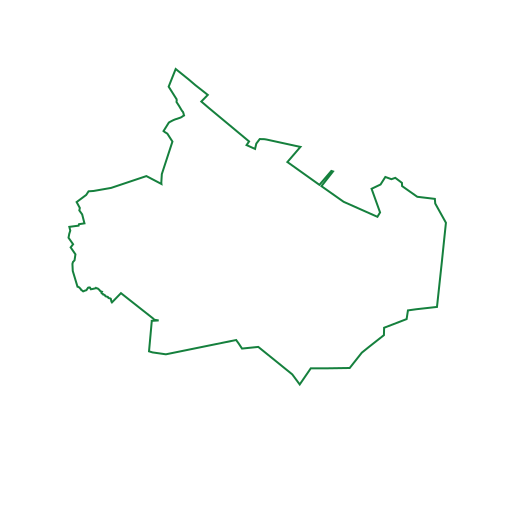 the district of San Javier, Sonora, Mexico, rotated 118°
{"feature_id": "50627088B99780541835919", "entity_name": "San Javier", "entity_type": "district", "adm_level": 2, "iso_a3": "MEX", "parent_name": "Mexico", "parent_adm1": "Sonora", "projection": "mercator", "projection_center": [-109.729, 28.612], "detail": "fine", "context": "isolated", "style": "outline", "palette": "green", "viewbox_px": 512, "rotation_deg": 118, "n_neighbors": 0, "source": "geoboundaries", "source_scale": "gbopen_adm2", "svg_char_len": 2836}
<svg xmlns="http://www.w3.org/2000/svg" viewBox="0 0 512 512"><g transform="rotate(118 256 256)"><path d="M136.4,374.2L133.6,389.8L131.7,398.4L128.6,414.7L144.1,413.0L147.5,412.6L154.6,400.2L154.7,399.9L154.9,399.7L155.2,399.5L155.5,399.3L155.7,399.1L156.0,399.0L156.3,398.9L156.8,398.7L157.1,398.6L157.4,398.4L159.6,394.4L162.1,390.3L162.6,389.4L163.0,388.3L163.1,388.1L163.3,387.9L163.7,387.4L164.0,387.1L164.3,386.8L164.4,386.7L164.7,386.5L165.0,386.2L165.7,385.5L166.6,386.1L167.8,386.7L168.1,386.9L168.4,387.1L168.8,387.3L169.2,387.6L170.3,388.6L171.0,389.3L171.4,389.6L172.1,390.3L172.9,391.1L173.2,391.4L173.8,391.9L174.4,392.4L175.3,393.1L176.3,393.8L177.8,394.8L179.1,395.6L189.1,396.3L189.4,394.7L189.5,393.0L189.6,391.7L194.2,383.5L227.9,377.6L235.8,374.0L236.8,373.3L236.9,390.3L246.6,399.5L263.9,415.9L274.8,429.9L277.5,434.2L281.8,434.6L292.6,439.7L296.3,434.1L298.7,433.4L300.9,429.0L307.7,422.8L311.0,427.2L312.5,426.9L317.9,434.5L320.8,431.9L324.1,431.3L327.9,430.1L331.5,423.0L335.4,423.7L339.3,416.2L345.0,414.2L347.2,414.8L349.1,414.4L355.2,410.8L366.9,399.2L366.8,398.9L366.8,398.6L366.7,398.5L366.7,398.3L366.7,398.1L366.7,397.7L366.8,397.3L366.8,397.1L367.0,396.7L367.1,396.3L367.2,396.0L367.3,395.8L367.3,395.6L367.5,395.3L367.6,395.1L367.7,394.9L367.8,394.7L368.0,394.5L368.0,394.3L368.0,394.2L368.1,393.8L368.1,393.7L368.1,393.3L368.1,393.1L368.2,392.7L368.3,392.5L368.4,392.3L368.4,392.2L368.3,391.9L368.2,391.8L368.1,391.7L367.1,391.0L367.0,390.9L366.8,390.7L366.6,390.5L366.5,390.4L366.4,390.3L366.2,390.1L366.0,389.9L365.8,389.7L362.9,389.4L362.7,389.3L362.6,389.2L362.5,388.9L362.4,388.9L362.2,388.7L362.1,388.4L362.0,388.2L361.8,388.0L361.8,387.8L362.9,386.2L362.0,385.0L359.9,382.6L359.3,382.4L359.4,381.7L359.2,381.3L359.0,380.4L359.2,379.6L359.4,378.4L359.7,378.0L360.1,376.9L359.9,375.3L360.6,375.4L361.1,375.2L361.4,374.5L361.4,373.3L361.8,372.8L361.5,371.9L361.6,370.9L362.2,370.0L361.7,367.6L362.1,367.2L362.3,366.2L361.9,364.8L361.9,364.2L362.3,363.8L364.2,362.2L364.6,361.4L352.2,357.8L359.5,317.4L360.0,315.8L358.6,311.7L362.0,317.3L362.2,317.6L362.7,317.3L362.8,317.3L390.4,305.7L389.7,302.1L385.1,289.4L339.5,234.1L341.5,230.0L344.3,224.9L335.2,211.3L343.5,168.4L348.9,157.1L329.5,154.9L320.6,138.3L318.0,133.6L310.9,120.7L291.7,117.2L283.5,113.7L265.8,105.9L259.2,109.2L241.0,93.4L232.7,96.3L227.7,89.4L216.0,72.3L173.3,89.4L153.6,97.4L137.5,103.9L125.5,122.4L121.6,124.9L128.0,141.4L125.7,159.8L122.9,161.5L121.6,169.7L124.6,172.5L125.5,178.9L134.4,179.6L142.4,185.5L159.3,166.9L164.4,167.2L167.0,204.1L163.7,230.3L163.6,231.0L145.2,227.7L145.5,229.4L163.4,233.4L158.3,272.4L138.8,268.0L140.1,272.5L142.6,281.4L148.2,301.3L148.9,303.4L151.0,307.6L156.6,308.5L161.9,307.1L162.5,316.4L158.1,315.9L147.4,367.3L145.3,376.8L136.4,374.2Z" fill="none" stroke="#15803d" stroke-width="2"/></g></svg>